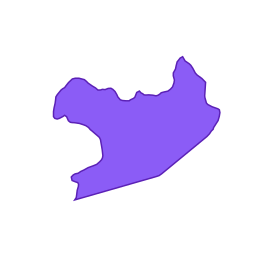 outline of Boa Vista do Gurupi, Maranhão, Brazil, rotated 25°
{"feature_id": "56859067B62524536065955", "entity_name": "Boa Vista do Gurupi", "entity_type": "district", "adm_level": 2, "iso_a3": "BRA", "parent_name": "Brazil", "parent_adm1": "Maranhão", "projection": "mercator", "projection_center": [-46.212, -1.769], "detail": "fine", "context": "isolated", "style": "filled", "palette": "violet", "viewbox_px": 256, "rotation_deg": 25, "n_neighbors": 0, "source": "geoboundaries", "source_scale": "gbopen_adm2", "svg_char_len": 1725}
<svg xmlns="http://www.w3.org/2000/svg" viewBox="0 0 256 256"><g transform="rotate(25 128 128)"><path d="M110.1,215.7L172.7,161.3L174.5,159.7L176.3,158.0L177.9,155.2L203.1,102.4L204.3,98.8L204.8,95.5L205.7,93.2L205.4,91.5L206.5,83.2L205.8,78.8L204.8,75.2L203.1,72.9L201.4,72.6L195.3,73.2L190.5,73.0L188.6,72.3L184.8,67.9L183.9,66.4L179.0,53.8L174.0,51.9L168.3,50.8L165.7,49.7L161.5,46.5L158.4,44.6L156.3,43.9L151.4,43.1L147.4,40.3L145.7,42.6L145.2,44.9L144.6,47.3L145.3,51.1L146.1,54.4L145.8,58.9L147.0,61.6L149.8,64.9L150.6,67.7L151.0,71.9L150.1,74.8L148.6,77.7L145.2,80.3L143.2,82.0L142.5,83.8L141.4,85.6L139.8,87.0L136.5,87.8L132.8,89.2L130.2,90.6L128.5,91.2L126.8,90.7L125.0,90.7L122.7,89.7L120.9,92.1L121.2,97.2L120.5,98.8L118.3,101.4L117.5,102.9L114.7,104.2L111.4,105.4L109.1,105.7L105.6,104.1L103.8,102.5L100.8,100.4L97.9,99.4L95.7,99.2L93.3,100.5L91.0,102.9L88.4,103.8L87.0,105.2L84.7,106.3L81.6,105.4L77.7,105.0L73.0,104.2L70.6,103.3L68.0,102.6L62.6,103.6L59.1,105.2L56.8,107.1L54.9,111.9L54.0,115.7L53.5,118.2L52.3,119.9L51.3,121.8L49.8,127.7L49.5,130.3L50.5,133.2L51.5,136.4L52.5,141.0L53.0,142.7L53.5,144.5L54.6,146.9L55.7,149.2L57.6,150.2L60.0,149.8L61.8,148.2L64.1,145.2L65.2,143.3L67.6,143.7L70.9,146.6L73.3,147.2L75.1,146.7L77.3,145.8L82.0,144.4L86.1,143.9L88.8,143.7L92.0,144.2L94.5,145.4L97.0,146.0L100.1,146.9L103.4,147.8L106.0,148.6L108.0,150.2L109.5,152.4L111.6,155.4L113.8,158.6L116.9,163.7L117.5,166.0L117.4,168.1L116.6,170.6L115.0,174.2L112.4,177.0L108.6,180.8L105.8,184.7L103.5,187.4L102.0,190.0L99.5,191.9L98.2,193.7L97.3,196.4L99.5,199.2L103.2,199.0L105.5,198.7L106.9,199.8L107.7,201.9L108.3,205.9L109.5,209.6L110.5,212.9L110.1,215.7Z" fill="#8b5cf6" stroke="#5b21b6" stroke-width="1.5"/></g></svg>